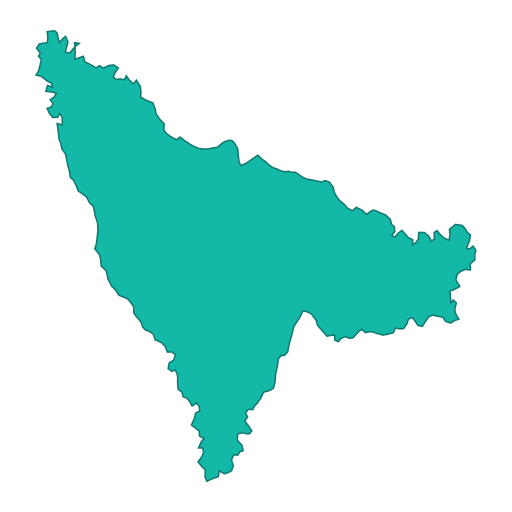 Apucarana, Paraná, Brazil (Equal Earth projection)
{"feature_id": "56859067B99141205159881", "entity_name": "Apucarana", "entity_type": "district", "adm_level": 2, "iso_a3": "BRA", "parent_name": "Brazil", "parent_adm1": "Paraná", "projection": "equal_earth", "projection_center": [-51.441, -23.577], "detail": "fine", "context": "isolated", "style": "filled", "palette": "teal", "viewbox_px": 512, "rotation_deg": 0, "n_neighbors": 0, "source": "geoboundaries", "source_scale": "gbopen_adm2", "svg_char_len": 4279}
<svg xmlns="http://www.w3.org/2000/svg" viewBox="0 0 512 512"><path d="M75.0,46.7L69.5,53.1L65.2,52.1L66.9,46.1L67.9,41.9L65.5,36.3L62.8,38.7L59.3,42.5L57.9,37.2L57.0,32.8L54.4,30.7L47.2,31.7L47.8,36.3L47.5,42.6L43.4,43.2L39.4,43.9L36.5,48.1L40.3,53.1L38.5,56.3L41.4,59.4L38.9,70.0L36.1,75.1L41.2,76.2L47.6,81.3L51.4,83.1L52.5,87.3L47.6,85.4L45.9,91.3L52.8,92.2L56.3,93.3L54.3,96.9L50.2,99.7L53.2,103.9L50.7,107.3L47.1,108.4L49.5,113.5L52.8,117.5L57.8,117.2L59.6,113.5L62.2,117.2L62.3,124.9L57.1,123.5L58.6,134.6L59.1,139.6L60.8,143.4L61.8,148.7L65.5,154.1L66.6,159.0L67.5,164.3L69.2,170.1L70.4,177.6L73.1,179.6L75.9,184.9L78.2,190.9L86.6,196.9L89.3,202.4L93.5,206.7L95.2,215.9L97.5,222.6L97.9,229.7L97.3,236.6L96.4,243.8L94.8,248.8L99.4,254.6L100.6,259.4L101.2,266.1L106.0,270.5L107.2,274.7L107.8,278.7L111.8,286.4L115.5,290.0L118.9,295.2L122.9,296.9L126.9,298.4L129.9,301.4L133.8,306.9L133.8,312.9L136.4,316.7L138.8,319.3L141.3,322.8L142.6,326.9L145.3,329.9L149.1,331.3L153.2,334.0L155.1,339.7L161.8,342.8L165.1,346.3L167.4,352.1L171.8,351.9L175.5,354.9L173.4,360.3L169.3,362.7L168.1,368.5L171.8,371.4L175.2,369.8L177.3,374.3L177.7,378.7L177.6,383.4L178.2,389.6L181.8,391.8L183.1,396.8L186.8,398.2L189.3,400.9L192.1,406.0L196.7,403.0L199.2,406.7L199.7,411.1L195.6,413.1L194.6,417.7L193.0,421.5L191.4,425.0L195.0,427.7L199.2,431.0L199.5,436.1L204.0,438.5L201.4,441.6L198.5,447.9L202.8,448.0L203.5,452.7L201.7,456.8L198.0,462.0L201.2,465.8L205.3,470.0L205.0,477.0L206.8,481.3L210.1,479.7L214.9,477.7L218.4,476.7L219.2,470.8L224.4,473.8L228.4,472.5L231.5,470.8L233.3,465.7L231.5,460.3L233.6,454.9L237.8,455.1L239.9,451.7L243.2,450.7L241.8,445.0L237.3,440.3L237.7,433.7L243.0,432.8L246.1,433.7L249.2,433.9L251.8,430.9L249.0,426.6L244.8,421.0L247.6,416.8L245.4,413.2L248.3,409.3L252.8,409.7L254.3,406.2L257.2,403.3L261.0,397.8L263.5,392.2L269.3,390.6L273.4,388.3L275.0,382.4L275.7,373.8L277.6,365.2L278.2,359.2L281.0,355.5L284.4,355.4L287.7,351.8L288.9,345.3L290.6,339.0L292.3,333.0L293.7,326.9L296.6,322.2L299.7,317.7L302.9,311.1L306.5,311.6L311.2,313.7L316.3,320.6L317.6,325.5L322.5,331.0L326.8,336.1L331.5,335.4L334.6,335.1L334.8,340.1L338.4,341.7L341.0,338.4L345.3,336.6L349.2,338.2L352.9,337.9L355.3,335.2L358.9,331.4L361.7,329.3L365.5,332.6L369.6,331.7L372.9,332.0L376.5,333.3L383.1,335.1L388.1,334.1L393.2,332.8L395.6,327.9L399.0,328.8L403.6,328.6L407.0,323.7L408.3,319.1L412.4,317.5L415.3,321.5L418.0,325.5L422.3,326.4L424.3,323.2L426.4,320.2L428.5,317.0L432.1,315.1L436.4,315.9L442.8,317.3L445.5,321.3L450.6,323.1L454.4,320.6L458.9,319.1L456.0,314.6L454.7,309.8L456.3,302.9L453.3,300.0L450.9,302.9L450.0,291.1L455.1,289.1L459.8,286.5L455.8,279.8L457.3,274.3L460.6,271.4L465.3,269.4L470.4,270.0L470.3,263.6L474.8,259.9L474.8,254.6L475.9,250.6L473.0,246.1L469.7,248.9L466.4,248.1L469.5,240.8L470.4,234.9L467.4,232.5L464.9,228.4L462.4,225.5L455.5,224.4L449.5,229.2L450.0,235.3L449.0,240.3L443.9,237.9L439.4,233.7L437.2,230.6L434.1,232.4L434.5,239.0L431.4,241.0L428.5,235.9L424.3,232.5L418.7,232.4L418.4,239.2L415.4,243.1L412.6,244.5L412.8,239.7L408.1,237.5L405.1,233.9L402.0,230.4L398.6,232.8L394.9,237.2L391.6,235.2L394.8,231.7L394.4,226.7L391.6,224.4L390.4,219.5L385.5,214.9L380.3,212.9L377.4,211.4L373.4,210.0L370.5,211.3L366.6,214.4L362.1,210.2L356.2,207.3L352.5,210.8L347.6,208.2L344.1,204.2L339.6,200.6L336.2,196.0L334.2,192.2L333.2,187.2L329.2,182.0L324.9,180.5L321.9,182.1L317.7,181.2L311.2,179.8L306.4,179.0L302.8,177.3L299.4,175.0L295.2,172.2L291.5,172.3L288.5,171.2L284.9,171.9L279.7,170.5L276.6,168.8L273.2,167.8L269.3,165.2L265.5,161.7L261.4,158.7L257.8,155.2L253.1,158.5L246.0,163.4L240.7,165.6L238.9,161.2L237.7,148.8L234.6,143.2L232.2,140.8L229.1,140.2L224.2,141.9L221.3,143.9L217.5,147.2L205.8,149.2L199.0,148.5L192.9,145.9L189.7,144.0L184.4,140.5L180.0,137.0L176.5,139.7L173.0,137.9L169.7,135.9L166.2,133.4L163.9,130.0L164.1,123.7L160.2,119.8L156.1,114.0L155.2,109.0L152.8,102.8L145.7,100.1L140.6,97.0L141.0,92.2L140.2,86.2L136.4,80.2L133.4,83.8L129.0,79.8L126.3,75.8L124.3,79.7L120.4,78.9L116.3,79.4L113.3,77.3L114.7,73.2L118.4,68.0L113.7,64.9L108.3,65.6L103.5,68.2L99.4,65.6L96.0,68.1L92.8,65.8L88.7,63.7L84.9,61.8L83.4,56.3L74.8,59.2L75.2,52.8L75.0,46.7ZM75.0,46.7L79.2,43.4L74.5,42.7L75.0,46.7Z" fill="#14b8a6" stroke="#0f766e" stroke-width="1.5"/></svg>